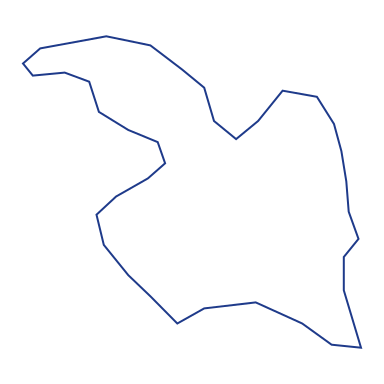 map outline of Mosta (Mercator projection)
{"feature_id": "MLT-5927", "entity_name": "Mosta", "entity_type": "state/province", "adm_level": 1, "iso_a3": "MLT", "parent_name": "Malta", "parent_adm1": "", "projection": "mercator", "projection_center": [14.416, 35.91], "detail": "fine", "context": "isolated", "style": "outline", "palette": "blue", "viewbox_px": 384, "rotation_deg": 0, "n_neighbors": 0, "source": "natural_earth", "source_scale": "10m", "svg_char_len": 565}
<svg xmlns="http://www.w3.org/2000/svg" viewBox="0 0 384 384"><path d="M103.8,244.9L96.5,214.7L116.1,196.5L147.9,178.4L165.1,163.3L157.7,142.1L128.3,130.0L98.9,111.9L89.2,81.7L64.7,72.6L32.8,75.6L23.0,63.5L40.2,48.4L106.3,36.3L150.4,45.4L182.2,69.6L204.2,87.7L214.0,121.0L236.1,139.1L258.1,121.0L282.6,90.7L316.9,96.8L334.0,124.0L341.4,151.2L346.3,181.4L348.7,211.7L358.5,238.9L343.8,257.0L343.8,290.3L361.0,347.7L331.6,344.7L302.2,323.5L255.7,302.4L204.2,308.4L177.3,323.5L150.4,296.3L128.3,275.2L103.8,244.9Z" fill="none" stroke="#1e3a8a" stroke-width="2"/></svg>